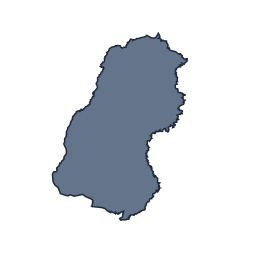 outline of Kibondo, Kigoma, United Republic of Tanzania, rotated 218°
{"feature_id": "72390352B58332556482444", "entity_name": "Kibondo", "entity_type": "district", "adm_level": 2, "iso_a3": "TZA", "parent_name": "United Republic of Tanzania", "parent_adm1": "Kigoma", "projection": "orthographic", "projection_center": [30.818, -4.184], "detail": "fine", "context": "isolated", "style": "filled", "palette": "slate", "viewbox_px": 256, "rotation_deg": 218, "n_neighbors": 0, "source": "geoboundaries", "source_scale": "gbopen_adm2", "svg_char_len": 5812}
<svg xmlns="http://www.w3.org/2000/svg" viewBox="0 0 256 256"><g transform="rotate(218 128 128)"><path d="M159.0,45.0L154.4,40.0L152.9,39.0L150.2,38.0L146.3,38.0L140.9,34.7L134.9,36.8L133.6,37.6L132.1,40.0L128.4,41.1L123.1,47.5L121.6,47.9L119.4,47.8L113.1,49.5L111.5,49.4L110.7,48.3L109.8,48.1L109.8,47.0L108.5,44.7L108.5,43.8L108.1,43.9L99.7,49.2L96.3,50.4L93.3,49.9L92.2,50.4L91.7,50.2L91.4,50.6L90.6,50.4L90.4,51.0L90.3,50.7L89.6,50.8L89.8,51.4L88.9,52.0L87.7,52.1L87.0,52.8L86.1,52.6L85.7,53.3L85.3,53.1L85.5,53.6L84.9,53.3L84.9,54.0L83.1,53.8L82.5,54.4L83.1,55.1L82.9,55.6L82.1,55.7L81.5,57.8L80.5,58.7L80.6,59.4L80.3,59.8L78.9,56.5L77.9,55.4L77.8,53.5L78.8,52.1L78.7,51.3L76.7,51.0L76.1,52.1L74.1,53.5L72.9,54.9L73.0,55.5L72.1,55.8L71.3,56.7L71.7,57.9L72.5,57.8L71.9,59.4L72.6,59.7L72.2,60.7L72.4,61.2L71.4,61.8L70.8,62.8L70.2,62.7L69.4,63.2L69.8,64.2L69.4,64.3L69.1,65.2L68.5,65.3L67.8,67.9L67.0,68.5L67.3,69.5L66.7,69.7L67.0,70.6L66.7,70.3L66.3,70.7L66.0,72.0L64.5,73.6L65.0,73.9L64.7,74.6L64.9,75.2L65.8,75.6L66.4,79.0L67.1,79.7L67.1,81.6L66.1,82.8L67.1,85.5L66.8,86.3L65.8,86.9L66.2,87.7L65.7,89.4L66.0,90.0L66.4,89.6L67.1,90.1L67.9,91.3L66.7,92.8L67.0,93.5L66.4,95.1L66.9,95.6L66.4,95.6L66.3,96.2L65.8,96.1L66.4,96.9L65.4,96.9L65.7,98.0L66.2,97.9L66.0,98.2L65.5,98.1L65.4,98.5L66.2,99.0L66.0,99.6L66.7,99.9L66.3,100.3L67.1,100.1L67.3,101.1L67.9,100.8L68.0,101.9L69.4,102.3L69.3,103.2L69.6,102.8L70.2,103.1L70.1,103.7L70.6,103.3L71.5,103.7L73.6,106.6L75.1,106.6L76.9,107.3L77.3,107.1L77.2,105.8L78.0,106.0L78.6,106.3L78.6,107.0L79.2,107.5L79.7,107.0L80.6,107.3L81.0,109.1L83.5,109.4L83.8,110.3L85.0,110.6L84.8,111.0L85.5,110.8L85.8,112.0L86.5,112.0L86.7,111.5L87.0,112.0L87.8,111.6L89.6,111.7L90.2,112.2L90.3,113.4L92.5,113.6L92.3,114.8L93.2,114.6L93.7,115.2L94.9,115.4L95.4,116.5L94.8,117.3L95.9,117.7L96.6,117.2L96.6,118.3L98.3,119.1L97.7,119.9L98.4,120.8L98.3,121.7L98.7,121.9L98.4,122.5L98.8,122.5L98.8,123.1L98.3,123.3L99.8,125.2L99.5,125.8L100.8,125.8L101.4,126.4L101.7,126.0L102.2,126.6L103.0,126.4L103.3,127.7L104.8,129.5L103.8,130.8L103.1,130.8L103.5,131.3L102.9,132.1L103.3,133.7L102.9,134.6L103.4,134.6L103.9,135.4L105.5,135.6L104.7,136.6L105.7,137.5L105.3,139.6L104.0,139.8L103.4,140.3L103.4,141.1L104.0,141.3L103.6,142.0L104.0,142.5L103.7,143.0L102.5,143.3L101.7,144.0L101.3,144.8L101.9,145.2L101.7,146.2L100.9,145.0L98.7,146.6L99.4,147.9L99.3,148.9L98.4,150.7L97.6,150.3L97.0,149.0L96.4,148.8L95.2,149.7L94.6,149.3L94.2,149.9L93.5,149.7L94.0,150.1L94.8,152.0L96.7,153.0L96.8,153.5L95.7,155.2L96.0,155.9L95.5,155.9L95.5,156.3L95.9,156.7L93.6,157.0L93.1,155.8L92.4,156.9L93.3,157.2L93.6,157.9L92.5,158.8L92.9,159.8L93.6,159.9L94.8,159.2L95.2,159.6L95.1,161.1L93.2,162.5L93.5,163.2L94.9,164.3L95.2,165.0L93.6,165.3L93.4,165.9L94.8,166.4L95.5,167.9L97.3,168.3L95.5,170.9L94.9,171.1L95.5,172.4L94.3,172.8L95.2,173.5L95.5,174.9L96.9,174.7L98.0,173.7L99.3,174.5L100.0,174.2L99.3,173.9L99.6,173.7L100.6,174.2L100.6,177.3L100.1,178.9L98.9,180.7L99.1,182.0L99.4,182.5L100.5,182.3L100.1,185.0L101.7,184.4L102.9,185.2L104.0,185.0L103.4,186.0L104.5,187.3L104.1,188.4L103.2,188.8L103.3,189.2L105.6,188.8L106.0,188.1L107.0,188.8L107.3,188.3L108.7,188.2L109.0,187.6L110.6,187.1L112.6,189.3L113.2,189.4L114.0,188.5L115.6,189.0L116.9,190.2L117.1,191.8L116.3,192.8L117.3,193.1L118.4,194.3L117.8,194.9L118.3,195.0L118.3,195.8L119.1,196.3L119.8,198.1L120.6,198.5L121.4,198.1L122.3,198.7L122.3,199.5L123.3,200.4L124.2,199.7L124.5,200.6L124.1,201.3L125.3,201.5L125.7,202.5L126.3,202.9L125.9,203.9L126.7,204.4L126.0,206.3L126.1,207.0L125.4,207.7L125.6,208.6L124.9,208.8L124.5,208.3L124.2,208.6L125.0,209.4L124.5,210.0L125.3,210.0L123.7,211.1L124.0,211.7L125.4,212.3L123.0,212.9L123.2,215.1L122.6,216.5L123.1,217.9L124.1,217.4L124.5,217.7L123.7,218.2L124.0,219.0L125.8,217.2L126.7,217.0L126.9,217.4L126.9,216.9L129.1,217.6L129.3,217.2L129.9,218.5L131.4,218.3L132.2,218.9L132.8,218.3L132.7,217.9L133.7,217.8L134.3,217.3L137.4,217.5L142.2,215.3L144.1,215.3L144.3,216.3L145.1,216.6L145.0,215.9L146.3,215.2L147.4,218.0L150.5,219.3L151.1,220.2L152.2,219.7L152.6,218.9L154.2,218.8L155.5,216.8L155.8,216.9L155.5,217.5L156.1,218.3L156.7,218.0L157.9,218.3L158.8,217.8L158.4,218.5L159.4,219.9L162.4,221.3L161.8,217.0L162.5,215.1L163.7,214.1L165.8,213.3L170.2,212.6L170.8,210.1L173.7,206.9L174.4,205.4L176.1,204.0L176.7,202.0L178.3,200.8L178.1,199.9L179.4,200.2L180.6,199.7L180.3,196.8L181.0,195.1L180.1,195.1L180.4,193.0L179.9,192.1L180.1,191.4L179.3,190.8L179.5,190.2L181.1,188.9L181.8,187.3L183.6,187.3L184.5,188.1L187.4,186.4L187.5,185.6L188.5,185.3L188.7,184.0L190.6,181.6L191.5,179.0L190.5,176.6L191.3,174.4L190.3,174.0L189.7,172.1L190.1,169.8L189.3,169.5L189.2,167.9L188.5,167.5L187.6,165.9L187.7,164.9L188.4,164.4L188.1,163.5L188.5,161.3L187.3,160.4L187.1,160.0L187.5,159.5L186.2,159.5L185.1,160.8L183.7,160.3L184.1,159.1L183.0,157.0L183.4,155.4L182.7,153.4L183.4,152.0L182.4,150.8L183.0,149.1L180.8,146.1L180.4,143.4L177.4,141.7L176.8,140.5L177.0,135.7L177.3,135.2L176.6,135.0L177.3,134.0L176.6,133.2L175.8,133.8L174.9,132.6L175.1,131.7L174.5,131.7L175.1,130.3L174.4,128.6L174.9,126.9L173.9,126.2L174.1,124.7L173.1,124.2L172.7,123.2L173.2,122.6L172.8,122.2L173.5,121.3L173.3,120.5L174.5,118.6L174.4,116.6L175.0,115.3L174.8,113.9L175.4,113.5L176.4,113.8L176.1,111.4L177.1,111.6L177.1,111.2L177.8,110.8L178.7,109.1L178.6,108.5L178.0,108.2L178.5,105.8L178.1,104.7L178.5,103.9L178.5,102.8L178.0,102.5L178.0,101.6L177.0,100.7L177.2,99.6L176.7,97.0L175.6,95.0L175.6,91.0L174.8,90.0L174.3,87.4L173.6,86.2L172.5,85.5L172.6,84.7L171.5,83.6L171.3,80.4L169.5,78.3L168.8,75.9L163.6,73.3L161.3,70.6L160.7,69.4L160.7,66.1L159.3,63.7L159.8,61.4L159.3,58.7L160.1,58.3L159.1,56.1L159.6,52.5L158.8,51.7L158.2,51.8L157.6,50.1L157.9,49.0L159.4,48.1L159.4,46.2L159.0,45.0Z" fill="#64748b" stroke="#1e293b" stroke-width="1.5"/></g></svg>